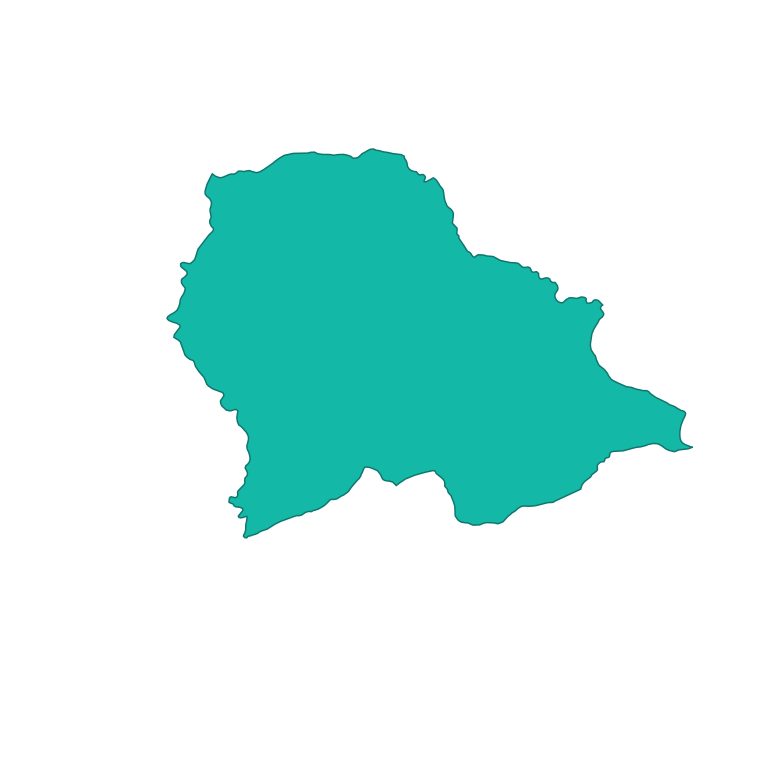 Tununguá, Boyacá, Colombia (Natural Earth projection), rotated 43°
{"feature_id": "7082276B59200745530827", "entity_name": "Tununguá", "entity_type": "district", "adm_level": 2, "iso_a3": "COL", "parent_name": "Colombia", "parent_adm1": "Boyacá", "projection": "natural_earth1", "projection_center": [-73.937, 5.716], "detail": "fine", "context": "isolated", "style": "filled", "palette": "teal", "viewbox_px": 768, "rotation_deg": 43, "n_neighbors": 0, "source": "geoboundaries", "source_scale": "gbopen_adm2", "svg_char_len": 6170}
<svg xmlns="http://www.w3.org/2000/svg" viewBox="0 0 768 768"><g transform="rotate(43 384 384)"><path d="M350.3,552.9L350.2,561.7L350.9,563.3L352.3,564.4L353.0,565.3L353.4,567.0L352.9,568.5L349.2,570.7L348.6,571.9L349.1,573.3L351.1,576.1L352.3,576.0L355.5,574.7L357.5,575.3L359.2,575.0L362.5,572.6L364.6,571.7L365.7,571.7L367.0,572.4L367.5,579.9L369.0,580.5L370.4,579.7L371.7,578.1L373.4,575.0L374.1,574.4L374.8,574.9L376.3,576.9L379.0,581.3L382.4,585.1L384.0,588.4L384.4,590.3L385.1,591.2L387.1,591.2L388.4,590.2L388.5,587.9L390.2,585.7L390.7,584.0L391.6,583.1L392.5,581.3L393.5,579.3L393.6,577.7L394.6,575.2L397.5,569.8L399.9,560.7L402.2,554.7L408.7,541.9L410.3,539.3L411.4,538.6L413.0,536.3L414.1,531.6L415.1,529.7L415.8,528.6L417.9,526.9L418.5,524.9L419.9,522.8L421.4,519.9L423.2,514.0L423.5,510.6L423.6,505.7L423.8,504.7L426.1,502.6L427.7,500.4L428.3,498.5L429.1,495.3L430.2,492.6L431.0,488.8L431.2,486.4L430.5,481.6L430.1,473.8L430.3,470.0L429.6,466.8L428.8,465.4L428.6,463.9L427.0,460.0L426.7,458.5L427.1,457.3L429.6,455.3L431.1,454.5L435.3,452.8L438.1,452.0L438.8,451.9L443.3,452.6L446.9,454.2L448.6,454.5L450.8,453.8L454.3,451.3L457.4,449.7L462.2,449.9L462.9,445.6L464.5,438.7L468.5,430.1L472.4,423.5L475.3,419.0L478.9,413.9L480.1,413.1L481.4,413.0L483.2,413.8L490.8,413.3L493.2,413.5L494.7,414.0L496.5,415.4L498.2,417.3L501.8,417.7L505.2,419.6L509.0,419.9L515.0,422.7L519.3,425.2L525.1,431.0L526.4,432.0L530.4,432.9L533.0,432.8L535.1,432.1L538.3,429.9L540.0,428.4L544.1,427.0L545.7,426.2L550.1,421.7L551.5,418.4L552.6,416.6L554.2,414.8L559.0,410.7L562.6,408.5L564.0,405.9L565.0,403.6L564.9,396.8L565.6,390.6L566.5,387.6L566.9,383.0L568.0,379.7L569.6,377.7L573.0,374.9L576.0,371.8L578.2,369.1L584.6,359.2L588.3,355.3L589.1,352.5L599.6,326.7L598.4,324.6L597.7,322.8L597.3,320.7L597.3,318.2L598.5,310.9L597.8,308.9L598.8,302.7L598.6,301.2L595.8,298.5L595.3,297.3L595.3,295.1L595.8,293.3L596.3,292.4L597.8,291.0L597.7,289.9L596.6,287.8L597.0,286.5L598.2,284.6L598.4,283.6L597.8,282.4L597.1,281.8L596.4,280.0L596.6,278.4L597.5,277.1L604.5,269.7L610.1,260.7L611.8,258.1L614.6,254.9L617.6,250.1L618.3,248.4L621.1,244.3L624.2,241.6L625.8,240.7L629.4,239.8L634.2,239.3L637.4,238.3L642.6,235.4L644.6,231.1L650.7,223.9L652.9,219.5L651.1,220.8L645.0,223.1L642.4,223.5L639.9,223.1L637.5,221.7L634.9,219.3L632.6,216.7L629.5,211.9L627.6,207.4L625.8,201.7L624.7,199.9L623.7,199.4L622.2,199.4L620.9,199.8L619.3,200.8L611.4,202.5L606.6,204.5L603.8,204.8L591.9,208.5L585.7,209.3L582.6,209.1L580.5,209.8L578.2,212.0L571.3,216.1L567.5,217.6L563.1,220.7L554.1,223.8L548.6,225.4L546.9,225.6L542.8,224.9L539.9,223.8L536.7,223.3L534.2,223.2L529.7,223.6L527.8,223.5L522.6,221.3L519.2,219.2L517.7,219.2L512.1,217.7L509.5,215.8L507.5,213.8L501.8,205.5L500.0,200.7L498.5,193.3L497.7,190.6L497.5,188.8L498.0,186.1L497.4,183.5L496.5,182.6L495.1,182.1L491.9,181.6L490.3,180.6L489.8,179.2L490.1,177.1L485.3,176.8L483.7,176.8L482.4,177.4L481.1,178.4L480.3,179.6L480.5,182.6L478.7,185.3L477.1,186.3L474.8,185.4L474.4,184.4L473.5,183.7L472.4,183.7L471.3,184.1L469.0,185.7L467.3,188.9L466.2,190.3L463.0,192.5L460.8,194.5L459.6,198.3L459.5,202.0L458.8,203.2L457.8,204.0L455.6,204.9L453.0,205.1L450.2,204.1L448.6,202.9L447.6,201.0L446.9,197.0L446.1,195.5L443.8,193.8L440.8,193.2L439.8,193.1L437.9,194.9L435.3,195.1L433.8,194.3L432.7,194.3L431.3,194.9L430.0,196.0L427.4,200.2L426.1,200.6L423.8,199.9L421.7,197.8L420.5,197.7L419.1,197.8L418.2,198.7L417.6,199.9L416.6,200.6L415.3,201.1L412.9,199.9L411.4,199.6L410.2,199.9L409.1,200.7L407.9,202.3L406.6,203.5L405.3,204.1L400.1,204.2L398.0,205.4L393.5,209.1L384.8,214.3L377.3,216.2L375.7,217.2L372.0,220.2L369.0,221.7L366.3,223.9L364.6,225.5L364.1,227.1L363.9,229.4L362.5,230.1L360.6,230.0L358.7,229.4L356.5,229.4L354.3,230.0L349.3,228.6L339.3,226.3L338.2,225.0L337.0,224.5L335.1,224.6L334.4,224.1L332.1,221.1L331.0,220.2L324.3,219.8L320.5,214.4L318.3,211.9L316.2,210.9L313.1,210.6L310.7,210.9L308.5,210.7L303.7,208.5L301.0,206.6L295.5,202.1L293.6,201.4L290.1,201.0L286.9,200.0L283.2,199.2L280.6,199.3L279.4,199.7L278.6,202.5L276.7,207.8L275.2,208.6L273.3,204.5L271.8,204.0L270.1,204.0L268.8,205.0L268.0,206.4L266.5,207.2L262.8,206.7L261.2,208.0L258.7,209.2L256.2,209.6L253.3,209.1L249.6,206.4L247.9,205.6L245.2,205.0L243.4,203.7L240.2,204.5L233.6,209.3L228.7,212.2L225.0,214.8L221.2,216.7L218.7,218.5L216.2,219.2L214.0,221.5L212.7,225.0L211.9,227.9L210.9,230.5L210.9,232.9L210.4,236.3L209.0,238.4L207.1,240.1L204.7,240.1L200.9,241.8L197.8,243.7L194.1,247.4L191.2,251.0L187.9,253.1L182.5,258.0L178.5,260.8L175.1,261.8L172.4,264.5L170.8,267.1L160.4,277.2L155.2,284.7L153.6,289.8L152.6,294.6L152.1,298.7L149.8,309.3L148.4,313.8L146.5,316.5L143.1,318.4L140.0,319.7L138.1,322.0L136.7,324.2L134.4,325.7L132.4,327.6L132.1,330.2L131.4,332.6L129.4,334.3L128.1,336.0L125.0,343.0L123.5,344.9L121.3,346.1L118.5,347.1L115.1,347.4L115.8,350.2L118.4,358.7L121.7,365.1L123.8,367.1L126.4,367.5L130.0,367.3L132.7,368.2L134.3,369.2L136.0,371.5L137.4,374.5L138.7,376.0L143.9,379.9L145.0,383.1L147.0,385.2L150.2,386.4L152.9,386.5L154.4,387.9L154.6,390.2L154.3,394.0L156.0,412.1L159.5,419.4L160.7,422.3L160.6,425.5L160.1,428.3L157.2,430.3L154.9,431.5L153.7,432.8L153.3,434.8L154.6,436.2L156.1,436.7L162.9,436.2L164.1,437.0L165.1,437.9L165.3,441.5L164.6,444.7L164.9,446.1L166.8,448.0L168.9,448.8L172.9,449.4L174.1,450.4L175.9,454.4L176.6,458.3L177.4,461.0L179.7,464.3L181.2,467.3L182.4,471.3L181.8,475.1L180.3,479.8L180.0,482.5L180.7,484.1L183.0,484.3L186.3,483.2L191.3,480.8L194.7,480.3L196.0,481.3L197.0,490.8L198.5,493.2L203.6,492.1L206.4,492.1L218.7,498.5L221.7,498.7L225.0,498.4L228.3,497.0L230.0,497.3L234.2,499.7L240.1,501.1L247.9,501.9L254.8,505.1L257.5,505.1L262.0,504.4L271.8,500.3L273.3,500.7L274.9,501.8L275.9,507.9L277.8,509.5L280.1,510.6L286.4,510.6L288.9,509.2L290.3,508.0L292.4,504.3L293.6,503.3L295.5,503.4L299.1,508.7L302.1,511.3L305.6,513.0L309.0,512.5L316.3,513.2L319.0,514.1L321.1,515.2L322.9,517.3L326.2,523.2L328.4,524.9L331.7,526.2L334.8,528.1L337.2,530.1L338.7,532.8L339.0,535.5L338.7,537.9L339.6,540.0L344.2,541.7L345.4,542.8L346.4,544.5L346.5,547.6L347.7,549.4L349.6,551.0L350.3,552.9Z" fill="#14b8a6" stroke="#0f766e" stroke-width="1.5"/></g></svg>